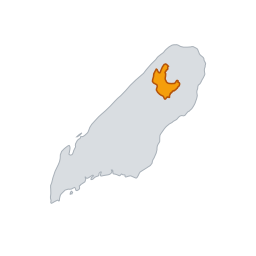 where Ihorombe sits in Madagascar, rotated 209°
{"feature_id": "MDG-5874", "entity_name": "Ihorombe", "entity_type": "Autonomous Province", "adm_level": 1, "iso_a3": "MDG", "parent_name": "Madagascar", "parent_adm1": "", "projection": "natural_earth1", "projection_center": [45.657, -22.685], "detail": "fine", "context": "in_parent", "style": "filled", "palette": "amber", "viewbox_px": 256, "rotation_deg": 209, "n_neighbors": 0, "source": "natural_earth", "source_scale": "10m", "svg_char_len": 5454}
<svg xmlns="http://www.w3.org/2000/svg" viewBox="0 0 256 256"><g transform="rotate(209 128 128)"><path d="M162.6,30.5L163.2,32.1L163.9,33.6L166.1,37.3L167.0,38.7L167.8,40.2L168.2,43.2L169.5,47.9L170.8,54.9L171.2,62.2L171.6,65.5L172.6,68.6L174.2,71.8L174.7,75.4L173.7,79.1L172.2,82.6L171.8,83.3L171.1,84.2L170.8,84.2L169.6,83.3L168.7,81.8L167.5,78.3L167.0,76.5L166.5,76.3L165.1,76.4L164.1,77.5L163.9,78.2L164.1,80.2L164.5,81.9L164.6,83.7L164.7,86.0L165.0,86.6L165.6,87.2L166.2,88.7L166.3,92.2L165.9,94.0L164.9,95.5L164.9,96.4L165.3,97.2L164.9,97.7L163.6,98.4L163.1,99.0L162.3,100.5L161.2,103.7L161.0,105.3L161.7,110.2L161.5,113.7L159.9,120.4L159.1,123.6L157.8,127.4L156.0,132.4L154.1,138.6L152.5,145.1L151.4,149.0L150.0,152.8L148.2,159.5L146.7,166.4L144.4,173.9L141.3,182.3L140.9,183.4L140.3,187.7L139.5,191.5L138.7,195.2L136.9,201.3L136.7,203.2L136.3,205.0L134.7,208.8L134.0,210.2L133.5,211.7L133.2,213.7L132.7,215.5L131.4,218.9L129.6,221.9L128.4,222.9L125.7,224.5L124.4,224.8L121.4,224.8L118.4,225.7L115.4,227.4L112.5,229.3L111.4,230.3L110.2,230.8L106.3,230.9L105.2,230.5L101.3,227.3L99.8,226.8L97.0,226.3L96.1,226.0L95.4,225.6L94.2,224.0L91.9,222.5L91.4,222.1L91.0,221.1L90.8,220.1L90.2,218.9L89.8,216.7L89.0,215.1L86.9,212.4L86.7,211.5L86.5,208.5L86.6,206.6L86.4,202.9L86.6,201.2L87.3,199.7L87.0,198.0L86.2,196.3L85.9,194.5L85.3,192.8L83.1,189.9L82.6,188.4L82.2,186.9L81.4,182.2L81.3,180.5L81.4,177.1L81.7,175.3L82.2,174.1L82.4,173.1L82.7,172.3L83.2,171.7L83.6,170.9L84.4,166.5L85.4,165.5L87.0,165.0L88.2,163.8L88.9,162.2L89.6,159.0L91.6,155.8L92.2,154.1L93.8,151.6L95.2,148.0L95.6,146.3L95.9,144.6L96.3,140.8L96.5,138.9L96.5,137.1L95.7,135.2L93.8,131.7L93.7,131.0L93.8,128.4L93.7,126.6L93.0,124.7L92.1,123.0L91.2,119.7L90.7,114.3L90.8,112.3L90.5,110.6L89.9,108.9L90.3,106.0L96.0,95.5L96.2,94.3L96.0,91.1L96.1,89.2L96.3,88.5L96.7,88.1L97.7,87.9L102.4,87.5L103.0,87.1L104.1,86.2L105.7,84.5L106.4,84.0L107.1,84.2L107.5,85.0L108.0,85.4L109.8,84.6L110.6,84.6L111.3,84.7L111.6,84.0L111.8,83.0L112.1,82.3L112.6,82.0L115.0,81.8L116.6,81.5L118.6,80.8L119.0,80.9L120.6,83.3L121.1,83.6L121.7,83.6L122.2,83.2L120.9,82.0L120.7,81.2L120.8,80.4L121.5,78.7L122.7,77.4L125.3,75.4L128.0,73.1L128.8,72.9L129.4,73.3L129.9,76.0L129.9,76.5L130.3,76.5L130.8,76.2L131.2,75.1L131.3,74.2L130.9,73.3L130.7,72.5L130.7,71.8L132.1,70.2L133.2,68.7L133.7,66.8L134.1,66.0L135.2,65.0L135.6,65.2L135.8,66.0L136.0,66.8L135.7,67.6L135.3,68.4L135.1,69.5L135.7,69.7L136.3,69.4L137.2,67.5L138.2,65.7L138.8,64.7L139.6,64.0L140.8,64.2L142.0,64.6L140.1,62.6L139.6,60.0L142.0,55.4L142.0,54.4L142.3,54.1L142.5,53.7L141.3,52.2L141.0,51.4L141.2,50.2L141.8,49.2L142.3,48.5L143.1,48.2L143.7,48.6L145.0,49.9L145.9,50.1L146.9,48.8L147.8,47.3L149.2,46.2L150.6,45.6L152.9,43.2L154.4,38.1L154.6,36.7L154.2,34.9L153.7,33.2L152.8,31.1L153.1,30.6L154.3,30.9L154.7,30.6L156.1,28.7L158.3,25.1L159.1,25.1L159.7,25.8L159.9,26.8L160.4,27.5L161.9,29.2L162.6,30.5ZM147.0,44.7L147.0,45.2L145.3,45.0L145.1,43.1L145.9,43.0L146.1,42.2L146.6,42.1L147.1,43.8L147.0,44.7ZM167.5,98.6L166.0,101.4L166.4,99.0L168.1,95.7L168.6,95.4L167.5,98.6Z" fill="#d9dde1" stroke="#a8b0b8" stroke-width="1"/><path d="M129.1,180.5L129.8,181.9L130.6,185.3L131.7,187.8L131.8,190.1L131.8,192.0L131.8,193.2L130.9,193.2L129.6,192.2L128.1,191.4L127.0,191.6L126.9,192.6L127.2,194.9L127.5,198.1L127.2,201.0L126.2,202.2L125.1,202.3L122.7,201.6L122.8,201.4L122.9,201.2L122.9,200.9L122.8,200.7L122.7,200.5L122.5,199.9L122.4,199.8L122.2,199.5L122.0,199.1L121.9,199.0L121.9,198.6L121.8,198.4L121.8,198.2L122.1,197.9L122.3,197.7L122.4,197.4L122.5,197.1L122.5,196.8L122.4,196.5L122.4,196.4L122.3,196.2L122.4,195.9L122.5,195.6L122.6,195.4L122.5,194.6L122.4,194.4L122.2,194.2L121.3,193.7L121.2,193.6L121.1,193.3L121.1,193.2L120.9,192.7L120.6,192.2L120.3,191.6L120.3,191.4L120.1,191.0L120.1,190.9L119.4,189.1L119.1,188.7L118.1,187.9L117.8,187.7L117.6,187.7L117.3,187.4L116.4,186.8L116.1,186.7L115.5,186.7L114.7,186.6L113.9,186.8L111.5,187.9L109.0,189.5L108.8,189.8L108.5,191.6L108.5,192.9L108.3,193.2L108.2,193.4L108.1,193.5L107.9,193.5L107.6,193.5L107.4,193.4L107.2,193.5L106.9,193.4L106.8,193.0L106.7,192.9L106.6,192.7L106.5,192.4L106.4,192.3L106.2,192.4L105.9,192.4L105.3,192.4L105.2,192.4L104.9,192.3L104.4,191.9L104.3,191.7L104.2,191.6L104.1,191.4L104.0,191.2L104.0,190.9L103.9,190.7L103.8,190.4L103.8,190.1L103.7,189.9L103.7,189.7L103.8,189.3L104.0,188.7L104.1,188.4L104.2,188.2L104.2,187.9L104.3,187.7L104.3,187.4L104.2,187.0L104.2,186.9L104.2,186.7L104.6,186.0L104.6,185.8L104.7,185.7L104.7,185.3L104.7,185.1L104.8,184.7L105.4,183.6L105.5,183.5L105.5,183.4L105.6,183.2L105.7,182.9L105.9,182.9L106.2,182.8L106.4,182.7L106.5,182.6L106.5,182.4L106.4,182.3L106.5,182.2L106.6,181.9L106.9,181.7L107.0,181.6L107.0,181.4L106.9,181.2L106.9,180.9L106.9,180.7L107.0,180.3L107.0,180.1L107.1,179.9L107.4,179.9L107.5,179.8L107.5,179.6L107.5,179.4L107.4,179.2L107.6,178.8L107.7,178.7L107.7,178.4L107.5,178.0L107.4,177.8L107.4,177.7L107.5,177.4L107.5,177.2L107.4,176.5L107.3,176.4L107.2,176.1L107.0,175.8L106.8,175.3L106.7,175.1L106.6,174.9L106.8,174.7L107.0,174.6L107.7,174.6L108.2,174.5L108.2,174.4L108.3,174.4L108.4,174.1L108.5,173.9L108.8,173.8L108.9,173.7L109.0,173.6L109.2,171.7L109.3,171.6L109.4,171.4L109.5,171.3L110.1,171.3L110.2,171.2L112.3,172.7L113.4,172.9L115.0,172.7L116.9,172.9L119.3,173.6L121.6,175.0L122.1,176.3L122.4,178.2L123.3,179.6L124.6,179.8L126.2,179.8L127.5,179.8L129.1,180.5Z" fill="#f59e0b" stroke="#b45309" stroke-width="1.5"/></g></svg>